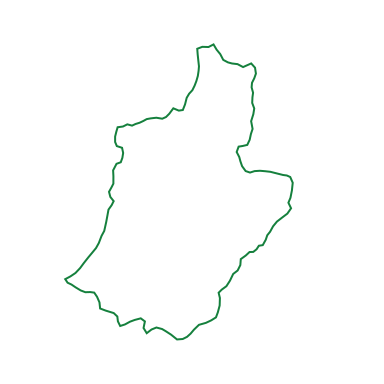 outline of Congonhal, Minas Gerais, Brazil, rotated 15°
{"feature_id": "56859067B12775291475063", "entity_name": "Congonhal", "entity_type": "district", "adm_level": 2, "iso_a3": "BRA", "parent_name": "Brazil", "parent_adm1": "Minas Gerais", "projection": "natural_earth1", "projection_center": [-46.043, -22.132], "detail": "fine", "context": "isolated", "style": "outline", "palette": "green", "viewbox_px": 384, "rotation_deg": 15, "n_neighbors": 0, "source": "geoboundaries", "source_scale": "gbopen_adm2", "svg_char_len": 2146}
<svg xmlns="http://www.w3.org/2000/svg" viewBox="0 0 384 384"><g transform="rotate(15 192 192)"><path d="M184.8,340.1L188.5,335.3L192.7,332.1L198.6,332.1L202.5,333.2L208.7,335.2L215.7,338.3L221.1,336.4L224.7,333.2L227.3,329.2L229.5,324.5L233.1,318.5L239.3,314.8L243.8,311.0L247.6,306.9L248.1,301.6L248.1,294.5L246.4,287.2L243.8,282.4L246.0,278.6L249.6,274.1L251.6,267.9L253.0,260.5L256.4,256.0L257.6,250.1L256.5,244.2L260.4,239.4L263.1,235.1L266.7,234.0L269.2,230.6L270.5,226.6L274.1,225.0L275.6,219.0L275.9,214.3L277.7,210.2L279.2,204.1L281.7,198.6L285.5,193.6L289.7,188.2L291.9,182.1L287.9,177.4L288.6,172.1L288.1,164.6L286.9,157.0L283.0,152.1L279.3,151.5L275.6,152.0L269.2,152.1L262.5,152.2L257.2,153.0L252.2,153.9L247.1,155.6L243.0,158.2L238.4,157.9L233.7,154.1L230.8,149.8L228.6,146.0L224.8,141.8L225.3,136.1L228.9,134.5L233.2,132.2L234.2,126.6L233.9,120.7L234.2,115.4L230.8,108.3L231.1,101.0L230.5,95.2L227.1,90.4L225.9,85.0L225.3,80.3L222.5,75.5L221.7,71.0L222.7,66.1L223.1,61.1L220.7,55.6L215.9,52.5L212.7,55.1L209.0,58.1L202.9,56.7L197.4,57.5L193.2,57.5L188.0,56.3L183.6,51.5L179.0,48.2L174.6,43.9L170.4,47.7L164.4,49.1L160.0,52.3L161.9,57.7L164.2,63.7L166.2,68.8L167.0,73.2L167.6,78.4L167.5,83.8L167.0,88.6L166.0,93.6L163.8,97.8L162.5,102.4L162.6,109.2L161.9,115.2L158.2,116.8L152.3,116.0L149.8,122.3L147.5,126.3L144.3,128.9L138.3,129.5L133.0,131.6L129.4,133.3L126.6,136.0L123.4,138.7L119.9,140.9L116.9,143.4L112.0,143.4L108.4,146.6L103.4,148.7L103.3,153.4L103.4,158.4L104.8,163.6L107.5,167.1L113.0,167.4L115.4,172.1L115.9,177.0L115.5,181.7L111.8,184.3L110.2,191.5L112.0,197.1L113.9,204.3L113.0,208.5L111.8,213.3L114.4,217.9L118.7,221.1L117.8,225.5L115.9,230.6L116.4,236.8L116.9,243.2L117.3,252.3L116.0,257.8L115.2,265.4L113.8,271.0L111.4,276.3L108.8,281.9L106.0,288.4L103.6,294.5L100.4,300.4L96.4,305.0L92.1,309.0L95.3,311.8L99.6,312.6L104.2,314.2L110.0,315.9L114.9,316.4L119.6,315.0L123.6,314.5L127.4,317.8L131.2,322.6L133.4,328.3L139.3,328.9L147.7,329.2L152.1,331.6L153.9,336.1L157.3,340.0L161.5,337.3L165.7,333.3L169.8,330.4L175.2,327.3L180.0,329.2L180.4,335.9L184.8,340.1Z" fill="none" stroke="#15803d" stroke-width="2"/></g></svg>